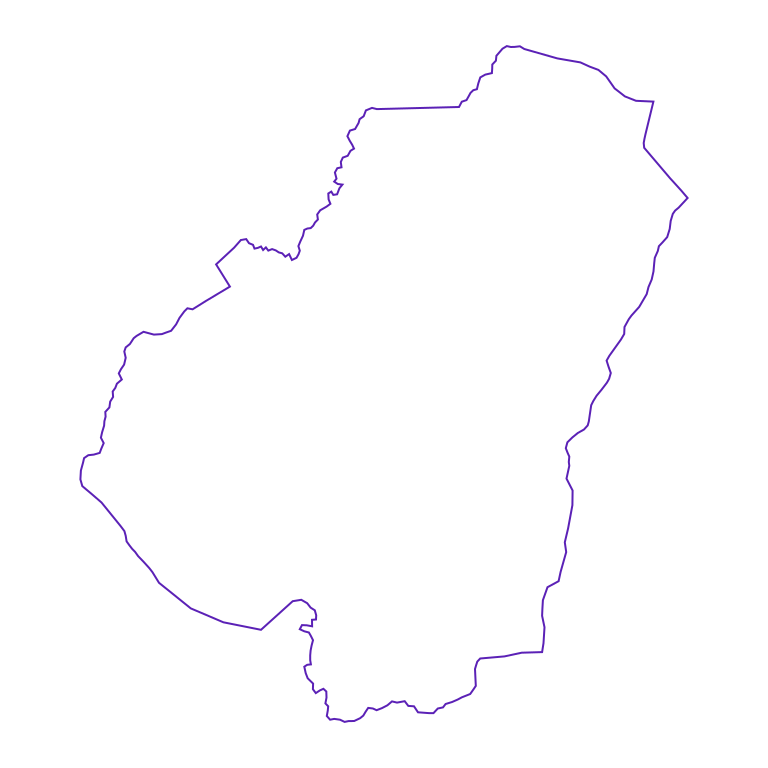 outline of Rio Negro, Mato Grosso do Sul, Brazil
{"feature_id": "56859067B53049128756879", "entity_name": "Rio Negro", "entity_type": "district", "adm_level": 2, "iso_a3": "BRA", "parent_name": "Brazil", "parent_adm1": "Mato Grosso do Sul", "projection": "robinson", "projection_center": [-54.985, -19.444], "detail": "fine", "context": "isolated", "style": "outline", "palette": "violet", "viewbox_px": 768, "rotation_deg": 0, "n_neighbors": 0, "source": "geoboundaries", "source_scale": "gbopen_adm2", "svg_char_len": 3689}
<svg xmlns="http://www.w3.org/2000/svg" viewBox="0 0 768 768"><path d="M82.3,486.1L86.3,489.5L91.9,494.2L101.5,502.5L120.7,526.2L124.4,531.1L125.7,535.8L126.6,541.4L129.4,545.3L132.1,548.8L135.1,551.9L138.1,556.1L143.4,561.6L149.2,568.0L152.4,572.1L156.1,578.1L159.0,582.8L190.8,608.4L223.4,622.3L261.0,629.8L292.7,601.2L301.3,599.8L307.2,603.2L310.6,607.6L314.8,610.3L316.2,615.3L316.0,619.5L312.0,619.8L312.1,626.3L306.8,625.3L302.0,625.1L299.8,629.2L304.3,631.3L308.9,632.5L310.9,636.0L313.0,640.2L311.6,645.5L310.6,650.6L310.2,655.4L310.2,660.2L310.9,664.4L307.2,664.8L304.3,666.7L305.7,673.1L307.7,678.3L313.1,683.6L312.9,689.2L315.8,693.1L319.9,690.4L323.4,688.8L326.3,691.5L326.5,697.6L325.4,703.4L328.2,706.3L327.8,710.4L326.8,716.0L330.1,719.7L334.2,718.9L340.0,719.7L344.6,721.9L348.5,721.1L354.2,721.0L360.1,718.2L363.3,715.6L365.7,711.6L368.2,707.9L372.9,708.5L376.6,710.2L382.0,708.1L387.4,705.3L392.0,701.4L397.0,702.6L404.7,701.2L408.3,705.9L414.0,706.3L418.0,712.3L428.7,713.1L433.5,713.1L437.8,708.5L443.0,707.4L445.6,704.0L452.1,702.0L457.8,699.5L461.9,697.3L465.7,695.8L470.2,694.0L473.3,689.6L475.8,685.9L475.0,669.0L476.1,665.3L477.3,661.6L480.2,658.5L504.5,656.4L521.7,652.7L542.1,652.1L543.5,643.2L544.5,627.3L542.1,615.8L542.4,608.8L542.9,600.2L547.5,587.2L558.6,581.2L560.6,571.9L566.2,552.1L564.8,542.3L568.1,528.4L572.4,505.2L572.6,490.5L566.5,478.6L567.6,473.6L569.3,465.8L568.8,462.0L569.3,456.6L567.6,452.8L565.8,448.2L567.4,442.3L572.4,437.4L577.8,433.0L584.0,429.5L587.7,425.4L588.8,421.5L591.2,405.2L593.3,401.0L596.6,395.7L601.4,389.9L606.9,382.7L609.1,378.8L610.8,373.0L608.6,366.9L606.6,360.6L609.4,355.7L620.9,339.6L624.2,334.0L624.5,327.0L628.8,319.2L631.5,315.5L639.2,306.9L646.7,294.1L648.5,287.0L651.7,279.5L653.5,271.4L654.2,263.3L654.8,257.8L657.8,251.0L658.9,246.2L662.5,242.4L667.2,237.1L669.7,229.0L670.7,220.9L672.8,213.9L675.1,210.6L678.6,207.7L687.6,198.0L681.3,190.6L672.7,181.1L670.2,178.4L644.2,147.8L643.7,143.0L644.5,138.6L645.5,134.1L653.4,101.6L636.0,100.8L624.9,96.4L618.9,91.7L614.6,88.4L606.2,76.4L598.4,69.9L589.6,66.6L580.4,62.4L557.3,58.4L524.3,49.0L519.9,46.3L514.6,46.9L510.9,47.0L506.8,46.1L502.5,48.7L500.1,51.5L496.4,55.8L495.9,60.7L492.3,64.5L492.2,68.6L491.9,73.1L485.3,74.6L480.3,77.4L478.3,83.4L476.9,89.2L473.3,90.2L470.5,92.9L468.6,96.4L466.5,100.1L461.8,101.7L459.0,107.0L376.9,109.1L372.0,107.9L365.9,110.4L363.7,116.2L359.6,119.2L358.6,122.9L355.1,129.0L349.9,130.6L347.4,136.2L349.7,140.7L352.2,144.8L354.0,148.6L350.5,150.8L347.7,155.8L342.8,157.6L340.8,162.0L341.5,167.3L337.3,168.2L334.9,172.5L336.5,178.7L334.2,181.6L337.8,184.0L342.4,184.6L339.4,188.3L337.1,194.3L333.3,194.9L331.3,191.6L328.3,193.5L328.6,199.4L330.4,203.8L326.6,206.6L320.2,210.3L317.2,214.5L317.9,219.5L315.0,222.5L313.2,225.7L310.7,228.1L307.4,228.5L304.3,229.9L303.0,235.7L300.3,241.5L298.4,246.1L299.8,250.7L298.5,254.3L296.5,257.8L291.9,260.0L289.1,254.1L285.3,256.7L282.2,253.3L278.8,252.4L275.8,250.4L272.1,249.1L268.3,250.6L265.9,247.4L263.1,250.0L261.0,246.5L257.8,247.9L254.5,248.6L253.0,244.8L249.0,243.2L246.2,239.1L240.9,240.0L234.1,247.7L216.1,264.4L229.9,286.6L206.0,300.9L192.6,309.3L187.4,308.3L184.3,311.4L179.5,317.9L176.1,324.4L171.1,330.8L165.9,332.6L161.9,334.1L153.9,334.6L143.5,331.8L136.6,335.9L133.7,338.2L129.9,344.0L125.7,347.4L124.3,351.5L125.7,357.8L124.1,364.6L120.9,369.3L118.8,373.4L121.8,379.5L116.9,383.7L115.3,387.9L112.7,391.5L113.1,396.9L110.2,401.6L109.4,407.4L105.3,411.9L105.6,416.7L104.4,421.2L104.1,425.7L102.1,432.3L100.9,437.7L103.7,443.1L101.2,448.9L99.7,452.9L93.8,454.6L88.3,455.2L84.1,458.1L83.0,462.8L80.9,470.5L80.4,479.4L82.3,486.1Z" fill="none" stroke="#5b21b6" stroke-width="2"/></svg>